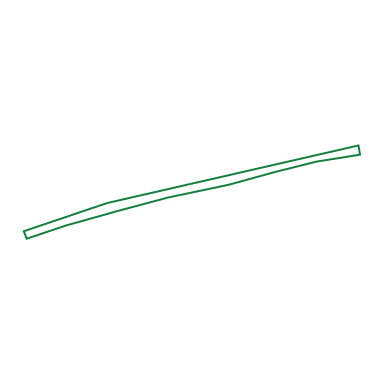 outline of North Coast, Matruh, Egypt, rotated 186°
{"feature_id": "37247803B36627997079635", "entity_name": "North Coast", "entity_type": "district", "adm_level": 2, "iso_a3": "EGY", "parent_name": "Egypt", "parent_adm1": "Matruh", "projection": "albers", "projection_center": [29.295, 30.862], "detail": "fine", "context": "isolated", "style": "outline", "palette": "green", "viewbox_px": 384, "rotation_deg": 186, "n_neighbors": 0, "source": "geoboundaries", "source_scale": "gbopen_adm2", "svg_char_len": 331}
<svg xmlns="http://www.w3.org/2000/svg" viewBox="0 0 384 384"><g transform="rotate(186 192 192)"><path d="M355.2,135.4L351.5,128.3L313.4,145.7L263.0,165.7L214.7,184.2L156.1,203.1L111.8,220.5L71.5,235.2L28.8,246.7L31.3,255.7L275.4,172.1L277.2,171.2L289.3,165.7L355.2,135.4Z" fill="none" stroke="#15803d" stroke-width="2"/></g></svg>